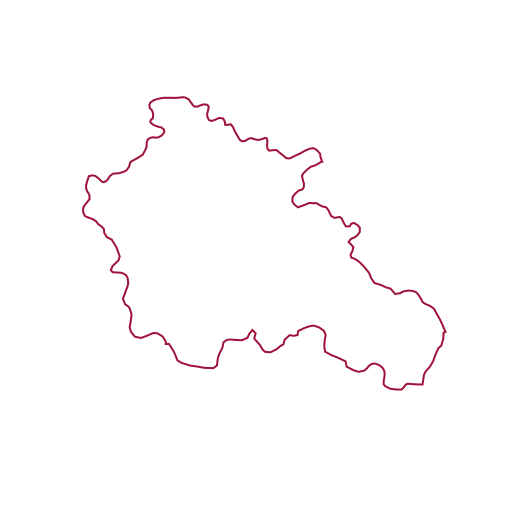 the district of Vawkavysk, Grodno, Belarus, rotated 337°
{"feature_id": "67162791B87198261111694", "entity_name": "Vawkavysk", "entity_type": "district", "adm_level": 2, "iso_a3": "BLR", "parent_name": "Belarus", "parent_adm1": "Grodno", "projection": "orthographic", "projection_center": [24.403, 53.18], "detail": "fine", "context": "isolated", "style": "outline", "palette": "rose", "viewbox_px": 512, "rotation_deg": 337, "n_neighbors": 0, "source": "geoboundaries", "source_scale": "gbopen_adm2", "svg_char_len": 4062}
<svg xmlns="http://www.w3.org/2000/svg" viewBox="0 0 512 512"><g transform="rotate(337 256 256)"><path d="M353.7,194.8L353.9,192.8L354.1,189.6L355.0,187.1L354.3,185.1L353.4,182.3L351.0,179.1L347.1,178.2L342.6,178.2L336.6,178.9L331.0,179.0L325.3,179.4L322.1,177.8L320.4,174.4L319.0,171.8L317.3,168.6L316.3,166.5L312.3,165.0L309.4,164.3L308.4,161.7L309.4,158.6L311.5,154.4L311.9,152.0L310.6,150.8L307.5,150.8L303.4,150.1L299.7,147.5L298.0,145.7L295.2,145.2L290.8,145.8L287.9,144.9L286.6,142.9L286.0,139.4L285.5,135.2L285.2,131.5L285.2,128.5L284.3,124.9L281.4,124.3L278.9,123.2L279.8,120.3L279.5,116.6L275.9,114.5L273.5,114.6L270.2,114.6L267.6,114.2L265.9,112.5L265.6,109.1L266.3,106.5L268.5,103.6L270.8,100.2L270.3,97.8L266.9,95.9L263.6,95.6L260.5,95.6L257.7,94.4L256.7,91.9L255.7,87.6L255.3,85.5L252.8,82.4L249.9,80.9L247.6,80.4L243.0,78.7L238.3,76.6L233.0,74.4L229.5,73.5L226.1,72.9L222.8,72.7L218.9,73.4L216.9,75.2L216.0,78.3L217.2,81.3L216.8,85.2L214.8,89.0L212.6,89.5L211.2,90.8L211.4,92.8L213.2,95.7L216.3,98.7L219.2,100.8L220.7,103.7L220.0,106.2L216.1,108.3L212.5,108.6L210.0,108.0L207.7,106.5L204.6,105.9L201.9,106.5L199.6,109.1L197.7,113.1L195.4,115.2L191.3,118.5L185.5,119.5L181.5,119.9L177.3,120.3L176.0,121.8L173.9,124.3L170.2,126.5L168.2,126.8L165.3,126.6L161.8,126.2L159.9,125.4L156.6,124.4L153.7,125.0L151.7,126.0L149.7,127.5L147.6,128.4L144.8,128.6L143.4,127.6L142.1,124.8L141.0,122.3L139.2,119.3L137.0,117.9L133.4,117.2L129.8,121.2L127.5,124.1L126.0,127.4L125.9,130.5L126.5,134.4L125.1,138.6L121.3,140.6L118.7,142.0L116.1,143.7L114.5,146.7L113.9,149.2L114.3,152.7L117.7,156.0L120.3,158.5L122.4,161.7L123.3,165.2L125.3,168.3L126.5,171.9L125.3,175.5L126.2,180.5L129.6,184.5L130.9,193.4L130.7,197.9L130.4,203.1L127.8,206.2L124.4,207.6L120.1,209.2L116.8,212.3L117.7,214.9L121.0,216.6L125.0,218.5L127.3,220.5L129.1,223.3L129.1,226.5L127.7,231.3L125.7,233.9L122.4,237.4L120.1,240.0L116.7,243.4L116.7,249.4L118.7,252.5L119.3,254.8L118.6,261.2L116.0,265.8L111.9,272.2L111.2,276.5L113.0,283.0L118.1,286.5L124.1,286.8L131.3,286.8L134.9,288.5L138.4,293.2L139.3,297.2L139.3,300.3L138.5,301.8L141.5,302.9L142.2,306.3L143.0,312.0L143.0,316.9L142.9,321.4L145.9,325.5L152.7,331.2L158.4,334.6L164.8,338.8L173.1,342.6L177.2,341.5L181.0,335.1L184.0,331.7L189.3,327.2L192.4,322.7L196.5,321.9L199.5,322.7L205.2,325.7L210.1,328.0L214.2,328.0L216.1,328.0L219.1,325.3L223.7,322.7L225.5,326.9L222.1,331.4L224.8,339.3L225.5,344.6L226.7,347.6L231.6,350.3L238.4,349.9L243.3,348.4L246.7,348.0L249.7,344.2L256.1,342.0L259.5,344.2L263.3,345.0L265.5,341.6L272.0,341.2L278.0,341.6L282.1,342.7L286.3,346.5L289.3,351.4L289.3,355.9L286.7,359.7L283.7,365.4L282.2,371.0L286.7,376.7L292.0,382.0L297.3,388.0L296.2,393.3L301.0,399.1L305.1,402.7L311.0,403.8L314.4,402.7L317.2,401.1L320.2,400.6L323.3,401.3L326.2,403.9L328.7,407.9L329.2,411.5L328.7,413.9L327.6,416.4L324.8,420.8L323.5,423.7L323.8,425.9L327.5,430.5L332.6,433.5L337.7,435.8L340.5,434.8L343.8,432.8L346.0,433.0L350.0,435.1L355.7,437.9L359.1,439.3L364.2,431.0L367.0,428.6L373.1,425.7L378.0,422.0L382.5,417.1L387.7,412.2L391.4,411.0L395.5,406.1L396.7,404.0L398.7,399.9L400.8,399.9L400.7,389.7L400.4,384.9L399.7,379.3L399.2,374.0L396.7,369.9L393.3,366.5L391.4,363.6L391.1,360.0L390.4,355.2L389.4,352.3L386.8,349.4L382.4,347.2L377.1,346.1L374.4,346.6L369.3,345.4L368.6,343.2L367.1,338.6L363.8,336.0L359.6,331.4L354.5,327.1L353.3,321.5L353.5,315.9L351.8,309.7L350.6,306.3L348.9,302.0L347.2,299.3L345.3,296.7L343.1,294.7L343.6,291.6L346.7,289.2L349.1,285.8L348.1,282.7L346.7,279.3L350.1,277.4L354.9,277.3L358.3,276.1L360.9,274.4L362.6,270.6L361.6,267.4L359.2,263.8L356.0,263.6L354.1,265.3L350.3,263.9L349.8,260.5L349.5,254.9L348.3,252.8L346.4,252.3L343.2,251.6L340.8,248.5L340.6,242.2L339.6,238.6L336.9,236.7L334.5,234.0L332.4,231.1L328.7,229.5L325.8,228.0L321.3,228.0L313.6,227.6L311.4,223.5L310.7,219.9L312.8,216.0L316.4,213.9L321.2,212.4L324.6,212.9L326.8,211.4L328.4,208.3L328.7,205.2L329.6,200.1L332.3,198.2L336.6,196.5L341.2,195.3L346.5,195.7L353.6,194.7L353.7,194.8Z" fill="none" stroke="#9f1239" stroke-width="2"/></g></svg>